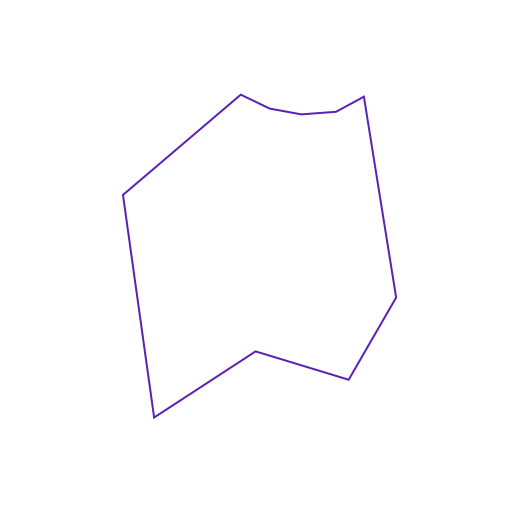 the border of Ormoc, rotated 200°
{"feature_id": "PHL-5534", "entity_name": "Ormoc", "entity_type": "Independent Component City", "adm_level": 1, "iso_a3": "PHL", "parent_name": "Philippines", "parent_adm1": "", "projection": "equal_earth", "projection_center": [124.578, 11.07], "detail": "fine", "context": "isolated", "style": "outline", "palette": "violet", "viewbox_px": 512, "rotation_deg": 200, "n_neighbors": 0, "source": "natural_earth", "source_scale": "10m", "svg_char_len": 297}
<svg xmlns="http://www.w3.org/2000/svg" viewBox="0 0 512 512"><g transform="rotate(200 256 256)"><path d="M325.5,402.4L293.6,399.2L261.8,404.6L230.1,418.9L209.1,442.6L110.1,264.9L126.6,171.4L223.8,166.2L296.5,69.4L401.9,267.9L325.5,402.4Z" fill="none" stroke="#5b21b6" stroke-width="2"/></g></svg>